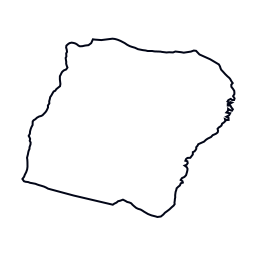 Eldorado, Mato Grosso do Sul, Brazil (Robinson projection), rotated 267°
{"feature_id": "56859067B95326418137192", "entity_name": "Eldorado", "entity_type": "district", "adm_level": 2, "iso_a3": "BRA", "parent_name": "Brazil", "parent_adm1": "Mato Grosso do Sul", "projection": "robinson", "projection_center": [-54.224, -23.74], "detail": "fine", "context": "isolated", "style": "outline", "palette": "ink", "viewbox_px": 256, "rotation_deg": 267, "n_neighbors": 0, "source": "geoboundaries", "source_scale": "gbopen_adm2", "svg_char_len": 3198}
<svg xmlns="http://www.w3.org/2000/svg" viewBox="0 0 256 256"><g transform="rotate(267 128 128)"><path d="M202.2,165.9L202.6,164.3L203.1,158.4L203.6,156.3L203.9,151.6L204.5,149.6L205.0,146.8L206.2,142.1L207.8,139.1L208.8,136.2L209.7,134.0L211.1,131.6L213.0,129.1L215.3,125.2L216.5,122.7L217.1,121.1L217.6,119.5L218.0,117.2L217.2,106.0L218.0,99.6L218.4,97.6L214.7,95.7L212.8,92.9L212.6,89.6L212.1,86.7L212.1,84.3L212.8,82.9L214.1,81.5L215.1,80.0L215.7,78.4L216.2,76.2L215.8,74.0L214.8,72.4L213.5,70.8L211.5,70.4L209.6,70.9L207.2,71.1L205.8,70.2L204.1,70.2L202.6,70.2L201.2,69.4L199.1,69.6L197.2,69.8L195.5,69.6L193.7,70.0L191.5,70.7L189.7,69.3L188.9,67.0L187.6,65.3L186.3,64.4L184.6,63.5L183.3,62.7L181.7,62.6L180.1,62.5L178.6,62.6L175.5,62.8L173.3,62.3L172.2,60.7L170.5,58.4L169.0,57.3L168.4,55.7L166.5,54.4L164.4,53.1L162.9,51.9L161.2,51.5L158.8,50.7L156.6,50.7L154.7,49.2L152.7,49.2L151.1,48.4L149.5,47.5L148.1,46.4L146.7,44.9L145.2,43.3L144.5,41.7L144.2,40.0L143.1,37.7L141.6,35.9L140.7,34.2L139.6,33.2L137.7,33.0L136.0,32.9L133.9,31.6L131.8,30.7L129.7,30.0L127.4,29.7L125.3,28.4L123.7,29.2L122.2,29.7L120.4,29.2L118.7,30.0L116.8,29.8L114.1,28.7L112.2,28.5L110.7,27.7L109.2,27.2L107.0,26.7L103.5,25.6L101.8,25.8L99.1,25.8L94.5,25.6L91.9,25.1L89.2,24.0L86.7,22.5L84.8,21.7L82.6,19.9L80.3,21.3L79.7,22.8L79.2,25.6L78.4,27.3L77.9,29.5L77.1,32.7L76.3,34.4L75.6,36.2L75.0,38.0L73.9,41.0L72.7,43.3L71.6,45.0L63.4,70.2L52.2,108.8L53.2,110.4L54.1,112.6L55.4,114.3L55.8,116.4L56.7,119.2L55.4,121.5L54.2,123.3L53.5,125.6L52.6,127.3L51.2,128.4L49.5,130.1L47.7,132.1L46.7,134.0L45.9,136.3L44.6,138.3L43.6,139.6L42.3,141.6L41.1,143.4L40.3,145.1L39.5,146.9L38.2,151.1L37.6,152.7L37.9,156.2L39.7,158.7L41.5,160.5L42.5,162.1L43.5,163.6L44.6,165.2L46.5,167.4L48.1,169.5L49.5,170.6L51.1,170.5L53.0,170.9L54.6,171.1L56.1,171.5L58.5,171.6L60.1,171.9L61.7,172.2L63.7,173.0L65.2,173.4L66.6,175.0L67.9,176.8L70.0,177.8L70.6,179.9L72.0,179.6L73.3,177.9L75.1,179.2L76.2,181.8L77.8,183.5L80.9,184.6L82.7,185.1L84.1,185.3L85.7,184.7L87.5,182.6L88.2,184.6L89.8,185.8L91.7,185.5L92.3,183.6L94.0,184.4L95.0,185.8L95.0,188.7L96.6,190.0L98.1,191.3L100.5,191.5L101.2,193.2L102.4,194.3L103.7,195.1L105.2,195.1L106.8,196.6L108.1,197.3L108.7,198.8L109.6,201.1L110.4,203.2L112.1,205.2L113.2,207.0L114.0,208.9L114.7,210.5L116.4,212.2L117.2,214.4L117.8,215.8L118.9,217.3L120.5,217.8L122.5,217.4L123.8,218.7L124.6,220.2L125.6,221.5L127.4,222.2L128.6,224.2L129.9,225.6L131.8,225.3L130.8,227.1L130.8,228.9L132.9,228.9L134.1,226.8L135.4,229.6L137.4,230.8L137.8,228.7L138.3,227.1L140.0,228.8L141.9,229.0L140.8,230.3L139.8,232.7L141.2,233.7L143.0,232.4L145.1,231.4L145.2,228.8L146.7,228.9L147.1,231.3L147.9,233.1L148.5,231.6L148.1,230.0L149.2,228.7L150.6,229.7L151.7,232.1L150.4,233.5L150.4,235.4L152.0,236.0L154.3,234.6L156.3,236.0L158.1,236.1L159.6,236.0L161.7,234.8L163.7,233.4L165.8,233.4L167.4,234.9L169.1,233.8L171.6,232.6L172.9,231.6L174.3,230.1L176.7,227.9L178.2,226.7L179.8,225.4L181.2,224.2L182.6,223.6L184.6,223.1L186.7,222.1L192.3,213.7L197.7,203.2L201.5,200.0L201.9,197.8L201.0,194.8L200.3,187.6L200.9,185.1L201.9,179.3L201.1,176.9L201.5,173.0L201.4,170.4L202.2,165.9Z" fill="none" stroke="#020617" stroke-width="2"/></g></svg>